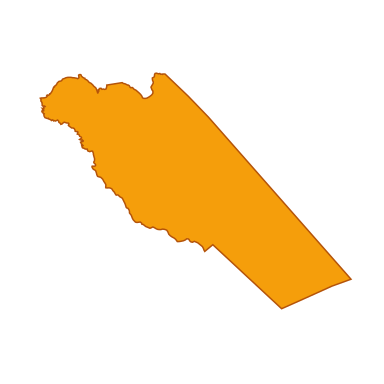 Vaimauga East, Tuamasaga, Samoa, rotated 318°
{"feature_id": "51752279B75699078159302", "entity_name": "Vaimauga East", "entity_type": "district", "adm_level": 2, "iso_a3": "WSM", "parent_name": "Samoa", "parent_adm1": "Tuamasaga", "projection": "equal_earth", "projection_center": [-171.732, -13.895], "detail": "fine", "context": "isolated", "style": "filled", "palette": "amber", "viewbox_px": 384, "rotation_deg": 318, "n_neighbors": 0, "source": "geoboundaries", "source_scale": "gbopen_adm2", "svg_char_len": 3539}
<svg xmlns="http://www.w3.org/2000/svg" viewBox="0 0 384 384"><g transform="rotate(318 192 192)"><path d="M248.8,84.4L247.5,83.6L247.4,82.4L246.4,82.0L245.0,79.8L243.9,79.2L242.8,79.6L241.2,81.1L240.3,81.1L238.9,80.7L238.2,81.4L237.2,83.0L237.0,84.1L236.0,85.2L231.7,86.6L230.6,89.3L230.5,90.8L229.2,92.3L227.7,92.8L226.6,92.9L224.2,92.7L221.4,92.1L219.9,91.2L218.6,89.9L218.3,88.8L218.9,87.1L219.1,85.2L219.0,83.2L218.5,78.9L217.7,76.9L217.7,74.8L217.4,74.2L216.4,73.7L216.1,72.9L216.5,71.0L216.3,70.0L215.8,69.6L214.6,66.7L213.6,65.4L213.3,64.0L200.2,55.5L199.7,56.2L197.2,57.9L195.8,57.4L195.0,56.1L193.8,55.5L193.8,54.0L192.4,53.1L191.9,53.6L190.7,53.4L190.4,54.6L189.2,54.4L188.7,55.4L188.2,55.2L189.6,52.2L190.2,50.1L189.8,47.8L189.9,46.1L189.7,43.7L188.9,41.7L189.0,39.3L188.7,38.0L188.2,37.0L188.1,36.3L188.5,35.8L188.0,35.1L187.5,33.5L187.4,31.8L187.9,30.8L187.6,30.0L186.7,29.3L185.9,29.3L184.5,31.4L183.3,31.4L182.8,31.2L182.5,30.4L180.8,28.2L179.8,27.2L178.7,25.7L176.4,23.7L174.7,22.7L173.3,22.3L171.3,21.5L169.7,22.0L168.6,21.7L167.2,20.8L164.9,20.8L163.5,21.4L162.2,21.6L161.2,21.4L160.1,21.9L159.9,21.5L159.0,21.7L156.5,23.0L155.0,23.6L152.5,24.2L151.9,23.8L151.5,24.2L150.1,24.1L149.6,23.9L149.6,23.3L148.7,23.0L148.4,23.9L147.1,24.1L145.2,23.2L142.8,21.2L142.0,20.8L141.7,22.3L140.6,23.2L140.4,25.0L139.0,27.0L138.6,27.3L138.6,28.0L140.0,29.6L140.0,30.2L138.3,29.6L137.7,30.9L137.1,30.8L136.7,30.1L136.6,32.0L136.1,32.3L135.5,31.1L134.4,31.6L134.1,32.2L134.5,33.0L134.0,34.1L134.5,35.0L133.6,35.4L132.8,36.8L132.5,38.4L133.8,40.8L134.6,41.2L134.4,42.1L135.4,43.7L135.3,44.8L136.8,45.2L136.7,46.6L137.5,46.9L138.0,47.9L140.3,48.6L140.3,49.9L139.7,51.2L140.1,52.9L139.8,54.0L141.1,54.5L142.2,54.4L143.7,54.6L145.3,57.2L146.2,58.0L146.1,59.1L144.8,59.6L144.7,60.4L145.4,63.9L146.4,64.8L146.9,66.0L146.4,67.9L145.8,68.7L146.8,70.2L147.4,70.6L147.2,71.3L145.5,72.2L146.4,73.7L145.8,75.5L146.4,76.8L146.2,77.8L145.8,78.1L143.6,77.7L143.9,78.6L144.6,79.6L145.3,79.8L145.4,81.2L144.8,81.5L143.2,80.5L142.5,80.4L142.3,81.2L142.1,82.3L142.1,84.6L141.5,84.6L141.1,83.8L140.2,85.6L140.4,86.5L140.9,86.9L141.1,88.0L141.7,89.0L142.9,90.1L142.1,91.4L142.1,91.9L143.0,93.6L145.0,94.5L145.4,95.2L144.6,97.2L143.8,98.2L141.8,102.2L140.2,103.7L139.0,104.0L138.6,104.8L138.8,106.2L138.5,107.4L137.8,107.9L136.4,107.4L135.7,106.4L134.9,106.0L134.3,106.7L133.9,108.6L134.0,109.5L134.5,110.7L134.6,111.8L133.7,113.9L132.8,115.5L132.3,117.2L133.0,118.5L134.0,120.0L134.2,122.7L133.6,125.0L133.2,127.6L132.9,128.8L132.0,129.9L131.1,130.6L130.8,131.3L132.0,132.5L133.2,133.4L134.1,134.8L134.5,136.1L134.1,138.3L134.2,139.8L133.5,143.2L133.7,143.7L134.6,144.2L135.1,145.0L135.2,147.3L135.9,149.3L136.0,150.2L134.4,155.9L132.8,159.5L132.9,160.3L133.5,161.3L133.2,163.2L132.8,164.2L131.5,165.8L131.3,168.6L130.0,172.0L129.7,173.5L129.8,176.5L130.7,177.8L133.5,179.7L133.7,181.4L133.2,182.5L134.0,183.4L134.5,186.6L136.5,190.8L138.0,191.4L139.2,191.6L139.9,192.5L140.8,195.4L141.4,196.7L142.4,197.9L143.7,199.1L145.2,199.8L146.4,201.1L147.3,202.6L147.7,203.6L147.3,205.7L146.5,207.9L146.6,210.0L147.1,212.1L147.9,214.3L148.2,216.2L147.9,219.0L149.1,220.1L150.6,221.1L153.0,222.5L155.1,223.2L156.7,223.2L157.9,224.5L158.0,225.5L157.6,226.6L157.8,228.4L158.8,229.7L160.7,230.2L162.3,233.6L163.0,238.1L163.2,239.5L162.8,241.3L162.0,243.3L161.7,244.7L172.2,245.1L180.5,338.7L203.0,346.0L215.5,350.0L232.8,355.5L251.8,363.2L254.3,147.3L253.3,118.3L250.9,86.3L249.9,85.3L248.7,84.8L248.8,84.4Z" fill="#f59e0b" stroke="#b45309" stroke-width="1.5"/></g></svg>